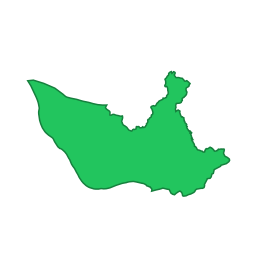 the district of Viengxay, Houaphan, Laos, rotated 333°
{"feature_id": "54806243B54136616884271", "entity_name": "Viengxay", "entity_type": "district", "adm_level": 2, "iso_a3": "LAO", "parent_name": "Laos", "parent_adm1": "Houaphan", "projection": "equal_earth", "projection_center": [104.544, 20.388], "detail": "fine", "context": "isolated", "style": "filled", "palette": "green", "viewbox_px": 256, "rotation_deg": 333, "n_neighbors": 0, "source": "geoboundaries", "source_scale": "gbopen_adm2", "svg_char_len": 5937}
<svg xmlns="http://www.w3.org/2000/svg" viewBox="0 0 256 256"><g transform="rotate(333 128 128)"><path d="M60.1,40.4L60.3,42.5L60.6,46.3L60.2,58.9L60.0,61.3L59.7,63.7L59.3,65.6L58.0,70.0L55.7,73.1L54.9,74.8L52.8,81.0L52.1,84.9L51.8,89.1L52.3,93.5L52.8,95.3L54.0,98.3L56.1,102.2L56.5,103.5L56.4,106.9L57.0,113.0L57.3,113.6L57.9,115.2L58.6,115.8L59.3,116.7L59.9,118.1L60.8,120.5L61.4,123.5L61.5,128.3L61.7,129.6L61.3,134.5L61.5,137.0L62.0,139.9L62.0,144.0L62.2,146.8L62.1,149.9L62.6,154.2L63.0,155.9L63.1,156.5L64.5,160.2L65.0,161.1L66.0,162.7L67.0,163.9L68.9,165.7L69.9,166.7L71.1,167.5L74.2,169.1L76.5,169.7L78.8,171.2L81.1,172.2L84.7,173.1L91.6,173.7L97.2,174.6L98.5,174.9L101.8,175.9L102.8,176.0L104.7,176.5L108.5,178.0L111.0,179.9L114.9,183.2L116.6,184.5L117.2,185.2L118.2,186.7L118.5,188.1L119.5,189.0L120.3,190.1L121.0,190.5L121.0,191.5L121.4,192.2L121.5,192.7L121.4,193.6L120.9,194.4L120.4,195.0L124.8,195.9L128.2,196.8L130.3,197.2L131.8,197.4L134.9,200.1L136.8,201.5L136.7,205.5L137.7,207.3L139.2,208.6L141.3,208.0L143.9,207.7L145.6,207.7L146.5,209.5L146.5,211.2L146.0,212.8L146.2,213.7L147.3,214.2L149.0,214.8L151.5,214.8L154.0,215.3L157.3,215.3L158.7,214.9L159.7,214.0L161.3,213.6L165.7,214.9L167.0,215.6L168.7,215.6L170.0,214.3L170.5,213.0L175.0,209.8L175.5,209.2L176.2,209.3L178.3,210.1L180.0,209.3L180.8,208.3L181.9,207.1L183.4,207.2L185.9,204.2L193.1,204.1L193.8,203.4L199.5,204.4L202.6,203.8L203.8,203.0L204.2,201.7L203.7,200.4L202.9,198.9L201.6,197.3L201.5,194.4L202.2,193.1L202.7,192.7L203.9,191.2L204.0,190.5L203.6,190.4L203.3,189.9L202.6,189.8L202.2,189.4L202.0,189.5L201.2,188.9L200.8,188.8L199.6,188.4L199.0,187.9L198.5,188.0L198.0,188.5L197.3,188.4L197.1,188.6L196.6,188.4L195.8,188.5L194.8,187.9L194.5,187.8L194.5,187.2L194.3,186.5L194.4,186.1L194.0,185.6L194.0,184.6L193.7,184.3L193.3,184.1L193.3,183.5L192.9,183.1L192.7,182.6L191.8,182.3L191.0,182.6L190.5,182.7L190.2,182.6L189.7,182.7L189.4,182.5L188.7,182.4L188.5,182.0L188.3,181.9L187.2,182.3L186.5,183.2L185.9,183.3L185.4,184.1L184.5,183.9L183.7,183.0L183.6,182.3L182.7,181.7L182.5,181.4L181.9,180.6L181.6,180.5L181.2,179.8L180.5,179.5L180.0,178.8L180.0,178.3L179.9,177.8L180.0,177.0L179.8,175.5L179.6,175.3L179.3,174.9L179.0,174.7L178.9,174.4L179.4,173.7L179.7,171.6L179.4,170.9L179.6,170.1L179.3,168.4L179.3,167.7L179.7,167.6L180.4,167.8L179.8,166.2L180.2,166.0L180.3,165.6L180.6,165.8L180.6,164.6L180.9,163.8L180.8,163.3L181.1,162.8L181.0,162.3L181.1,161.9L181.4,161.5L181.9,161.5L182.0,161.3L182.5,161.2L182.2,160.5L182.2,160.1L181.4,160.2L182.0,159.6L182.0,158.9L181.8,158.8L181.2,159.3L181.0,158.7L181.3,158.4L181.3,158.2L181.1,158.0L180.8,157.6L180.8,157.0L180.6,156.0L180.6,154.5L180.8,153.7L181.4,153.6L181.4,153.4L181.1,152.9L181.1,152.1L181.9,151.5L181.7,150.4L181.2,149.4L181.3,148.7L181.5,148.1L181.5,147.5L181.2,147.1L181.4,146.8L181.6,146.7L181.9,145.3L182.2,144.8L182.4,144.2L182.0,143.9L181.7,143.4L181.6,142.8L180.8,142.6L180.7,142.4L180.7,140.5L181.2,137.3L181.6,137.1L181.9,136.6L181.9,136.2L181.4,135.9L181.1,135.0L180.9,134.8L180.4,134.7L178.1,135.0L178.8,132.8L179.6,131.7L180.2,131.3L180.4,130.2L180.7,129.6L182.1,128.1L182.3,128.1L185.1,129.2L186.0,129.4L187.1,129.3L187.4,129.0L187.7,128.6L188.0,128.3L188.7,128.3L189.0,128.0L189.4,126.6L189.6,126.4L189.9,126.2L192.1,126.0L192.5,125.6L193.7,125.5L194.3,125.0L194.8,125.0L195.2,124.7L195.8,124.1L196.1,123.5L196.7,123.0L196.9,122.3L196.9,122.0L196.6,121.3L197.0,120.8L197.1,120.2L197.2,119.9L197.9,118.9L199.2,118.6L200.5,118.6L201.4,118.3L201.6,118.2L201.6,117.6L201.8,117.4L202.7,117.1L203.5,116.5L202.9,115.3L202.8,114.4L202.1,113.5L202.2,113.2L202.1,112.9L201.9,112.5L201.5,112.4L200.4,112.4L199.9,112.1L199.6,111.6L199.6,110.7L199.4,110.1L199.1,109.4L199.1,108.6L198.9,108.3L198.0,107.8L196.8,106.8L196.0,106.0L193.8,105.0L193.6,104.7L193.3,102.6L193.3,101.8L193.4,101.6L194.4,101.1L195.0,100.4L195.1,99.9L194.9,99.4L194.6,99.0L194.1,98.5L192.8,99.1L191.9,99.3L191.9,98.8L192.2,97.4L190.7,97.3L189.3,97.7L189.0,97.9L188.4,98.9L187.9,99.4L186.8,99.6L186.3,99.8L185.1,100.7L183.3,101.2L183.1,101.3L182.8,103.4L181.7,105.7L180.9,106.2L179.9,107.1L179.9,107.9L180.1,108.2L181.3,108.4L181.4,108.6L181.4,109.3L181.4,110.1L181.3,110.8L180.5,112.6L180.2,114.1L179.2,115.9L177.7,116.5L177.1,116.8L176.3,118.0L175.7,118.2L175.1,118.0L174.3,118.1L173.8,118.0L172.9,117.3L172.7,117.3L172.4,118.1L172.1,118.2L170.3,118.2L169.7,118.1L167.5,118.2L166.2,119.0L165.6,118.9L164.4,119.5L164.1,119.9L163.6,120.1L162.9,120.6L161.7,120.5L161.3,120.3L161.0,119.8L160.6,119.6L158.8,119.4L158.1,119.6L157.8,119.9L157.7,120.4L157.9,122.5L157.8,123.1L157.6,123.4L157.6,124.0L157.2,125.6L156.3,126.8L155.6,127.1L154.9,127.0L154.4,127.5L154.1,128.0L153.9,128.5L153.6,128.7L151.9,128.9L151.3,129.2L150.7,129.7L150.5,129.8L149.8,129.5L149.4,129.7L149.1,129.9L148.8,131.0L147.9,132.1L147.0,132.4L146.7,132.7L146.3,132.7L146.2,132.9L146.1,133.3L145.8,133.7L144.8,134.1L143.9,134.8L143.3,134.7L142.3,134.8L141.9,134.4L141.8,133.6L141.7,133.5L141.2,133.8L141.1,134.1L140.9,134.1L140.5,133.8L139.6,133.7L139.2,133.5L138.6,133.1L138.4,132.8L138.4,131.8L138.1,131.5L137.7,131.3L137.1,131.3L136.5,130.7L136.2,130.6L135.8,130.8L134.9,132.3L134.5,132.5L133.8,132.3L132.9,132.2L132.3,131.6L131.3,131.7L130.1,132.4L129.6,132.2L129.0,131.6L127.9,130.3L127.7,129.9L127.3,127.2L127.1,126.5L126.6,125.6L126.0,124.4L125.3,123.5L125.1,122.8L125.1,121.1L125.3,120.6L125.3,119.6L125.5,118.9L126.7,117.9L127.0,117.4L127.8,116.6L128.1,115.9L128.5,114.9L128.4,114.6L128.1,114.5L127.4,114.6L127.1,114.3L126.1,113.6L125.2,112.7L123.0,111.0L121.9,109.7L121.2,109.2L120.3,108.9L118.9,109.0L117.8,108.3L117.8,108.1L119.1,105.8L119.2,105.0L119.0,104.3L117.6,101.8L117.2,100.3L117.2,99.7L117.7,99.1L119.5,97.9L116.0,96.2L111.7,93.5L108.0,90.5L104.8,87.5L100.4,84.0L98.6,82.4L95.4,79.3L90.5,75.4L87.9,73.1L87.0,72.1L86.2,70.5L85.5,68.6L80.9,59.3L73.2,50.0L65.4,42.4L60.1,40.4Z" fill="#22c55e" stroke="#15803d" stroke-width="1.5"/></g></svg>